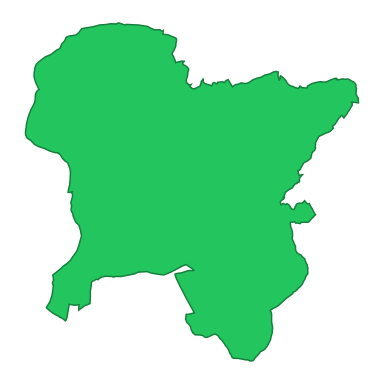 SIC, Cluj, Romania
{"feature_id": "2599482B87199610196685", "entity_name": "SIC", "entity_type": "district", "adm_level": 2, "iso_a3": "ROU", "parent_name": "Romania", "parent_adm1": "Cluj", "projection": "mercator", "projection_center": [23.908, 46.924], "detail": "fine", "context": "isolated", "style": "filled", "palette": "green", "viewbox_px": 384, "rotation_deg": 0, "n_neighbors": 0, "source": "geoboundaries", "source_scale": "gbopen_adm2", "svg_char_len": 5797}
<svg xmlns="http://www.w3.org/2000/svg" viewBox="0 0 384 384"><path d="M307.7,274.0L307.8,272.5L307.7,268.7L308.0,268.1L307.5,267.5L307.2,264.9L305.8,262.1L305.0,260.2L304.8,258.9L302.2,256.6L301.3,255.4L297.1,252.8L295.8,250.6L295.5,249.0L295.5,246.1L294.5,244.3L292.1,238.5L292.6,235.7L292.5,232.7L291.6,229.0L290.7,226.9L290.3,222.8L290.4,222.4L294.5,221.9L294.9,222.1L295.6,223.1L297.0,223.0L300.1,223.6L300.7,222.9L301.4,222.5L304.0,222.2L307.8,222.3L308.7,222.0L310.9,219.4L315.6,214.7L314.7,213.6L313.6,211.8L312.1,208.6L310.1,205.5L309.4,203.5L307.4,203.9L304.6,200.7L302.5,202.9L301.5,203.4L298.8,203.1L296.4,204.2L296.2,204.5L296.2,205.3L295.0,207.1L294.7,208.3L293.6,209.8L291.0,208.4L290.9,207.5L289.2,205.2L287.0,203.6L285.9,204.5L283.2,203.5L281.7,204.3L281.1,204.9L280.7,204.3L280.3,201.6L281.6,200.3L283.6,199.1L284.3,197.4L283.3,197.5L284.5,195.3L285.2,192.9L285.9,192.0L289.0,189.6L292.3,187.9L294.9,184.0L297.0,183.5L297.1,182.5L299.5,181.8L299.4,179.0L299.8,177.6L302.4,174.8L299.0,175.2L297.8,170.5L299.4,170.3L300.2,169.3L303.7,162.9L307.4,160.9L310.3,158.7L310.9,158.0L311.3,156.5L311.6,154.2L311.9,153.5L312.9,151.8L314.8,150.0L315.6,147.8L315.2,146.7L315.6,144.5L315.4,142.8L316.0,141.9L318.7,136.5L326.7,132.7L328.1,132.5L330.7,130.9L332.5,129.0L333.4,128.4L332.5,126.1L335.0,124.3L338.9,118.2L340.1,117.1L341.0,115.6L341.9,115.5L343.9,117.9L345.0,116.2L345.4,116.0L347.5,113.0L347.8,112.0L348.8,111.1L350.6,107.8L352.2,105.3L352.2,102.8L351.6,102.3L352.6,102.1L358.5,102.9L358.2,98.1L357.5,97.4L355.9,93.6L356.5,88.7L355.9,86.9L355.9,84.7L355.7,84.2L353.6,81.8L351.2,80.9L349.6,79.6L347.7,79.0L345.1,79.3L342.6,78.9L337.5,80.0L336.5,79.6L337.0,78.9L336.2,78.3L334.9,78.4L330.2,80.1L326.5,81.8L324.3,82.1L320.4,81.7L316.2,82.4L311.9,83.5L307.4,86.1L307.4,87.7L305.4,88.0L303.7,87.7L302.0,87.8L300.3,86.1L299.7,86.2L299.5,86.8L300.2,87.0L297.9,88.4L294.2,87.2L293.0,86.4L291.6,86.2L289.4,85.3L288.2,84.2L286.8,82.5L285.8,80.4L284.1,78.7L282.6,77.2L280.4,75.8L280.1,77.3L280.4,78.4L279.8,78.8L279.9,79.5L279.1,80.0L278.0,75.6L278.0,74.6L278.4,72.1L276.2,71.5L273.6,71.9L269.9,73.9L264.5,75.2L261.1,77.3L258.6,77.7L253.1,79.7L249.2,82.3L247.8,83.0L245.6,83.5L242.8,83.3L241.5,82.8L237.3,84.5L236.1,84.5L235.0,84.9L232.5,86.9L228.1,79.6L225.8,80.7L224.2,82.7L223.0,81.8L218.2,82.2L217.7,82.3L217.3,83.4L216.9,83.8L214.1,82.5L213.5,82.6L212.6,83.5L211.8,85.7L204.9,83.6L203.2,82.1L203.3,79.4L203.1,79.0L201.1,81.7L201.1,83.3L200.4,84.3L200.6,85.4L200.0,86.0L196.6,87.9L194.7,88.5L194.9,88.8L193.1,88.9L191.9,88.3L191.7,87.9L189.8,86.6L191.1,84.5L189.6,85.0L188.9,84.7L187.1,83.1L186.4,82.1L186.4,78.4L187.3,77.1L188.0,72.0L188.7,69.6L188.3,68.4L187.7,67.5L185.2,65.5L183.1,64.8L183.0,64.2L182.7,63.4L182.8,63.0L184.6,60.8L183.5,61.3L182.6,61.5L182.2,61.0L175.6,62.6L175.4,61.1L174.9,59.9L174.1,58.3L173.6,56.7L172.2,54.4L172.2,53.0L173.6,51.1L175.6,46.7L176.0,43.2L176.6,40.2L176.4,38.9L175.7,38.0L167.8,34.7L163.1,34.3L162.9,33.3L163.2,31.8L163.2,30.7L162.7,31.2L161.2,30.8L159.7,29.7L154.8,29.9L150.8,28.2L147.5,26.4L138.5,25.0L126.3,24.4L125.4,24.9L124.4,24.9L119.5,23.1L117.9,23.0L116.3,24.0L110.8,23.7L105.4,24.6L100.0,24.9L93.2,26.7L81.8,28.6L78.6,32.8L76.0,35.0L69.3,36.0L66.4,37.1L65.9,37.7L64.8,40.6L61.9,43.8L61.3,44.9L60.5,47.4L59.5,48.7L56.3,50.3L51.3,54.3L45.5,56.7L38.3,62.2L36.4,64.2L35.6,65.8L34.8,68.6L34.0,74.5L34.1,76.9L35.6,82.3L39.0,89.4L37.1,91.0L35.9,93.1L35.4,94.9L35.1,100.1L34.7,102.3L33.2,105.5L31.4,108.7L28.9,114.9L27.3,120.4L26.4,124.7L26.2,127.3L25.5,131.5L25.5,133.6L25.7,135.3L26.9,137.5L28.0,138.8L30.4,140.1L34.2,144.1L34.9,144.6L38.9,146.7L45.0,148.7L49.9,151.1L55.5,152.7L58.1,152.8L58.0,153.2L60.3,154.7L62.1,157.9L64.5,160.6L67.7,162.7L70.0,168.8L70.5,172.5L70.2,176.9L70.3,177.9L69.6,184.9L68.2,191.0L68.1,192.4L69.7,192.4L72.3,191.8L71.7,193.0L72.4,193.9L72.6,194.7L72.4,196.7L70.8,202.9L71.6,205.6L71.1,209.5L71.2,210.7L71.8,212.0L72.8,213.4L73.1,216.1L75.4,221.5L76.2,222.7L78.9,225.1L80.4,230.2L81.5,236.0L78.9,245.3L77.3,250.0L76.0,252.4L72.1,257.6L70.7,260.0L66.8,263.7L62.7,266.5L61.8,267.7L58.8,270.3L52.9,274.9L52.8,275.3L53.1,275.9L53.5,280.3L52.8,282.0L52.5,283.3L52.9,284.9L53.4,286.0L52.0,295.4L49.9,301.8L47.1,306.2L46.4,307.9L52.8,313.1L56.7,315.4L58.7,316.2L59.5,317.2L61.7,318.0L63.6,319.2L65.4,320.9L65.9,320.4L67.0,317.4L69.2,304.3L74.7,305.3L79.0,304.7L78.7,310.1L84.6,305.8L90.0,303.6L90.4,295.6L90.3,291.4L91.0,287.3L91.5,282.1L92.7,281.2L94.5,280.4L95.3,279.7L95.9,279.4L98.4,279.6L99.2,278.4L100.9,277.6L101.8,276.8L103.0,276.8L106.2,276.2L111.8,276.5L113.7,277.1L114.7,276.6L117.4,276.4L120.8,276.6L134.5,273.9L137.6,272.4L138.7,272.1L147.0,271.6L151.8,273.2L158.9,274.4L163.9,274.9L170.9,272.1L183.2,265.6L184.9,265.2L186.1,264.5L192.9,269.2L193.9,270.3L193.1,270.6L188.9,270.5L180.8,273.0L177.5,273.3L175.0,274.1L176.1,278.0L179.7,285.6L187.3,300.1L194.4,313.0L193.0,313.1L189.5,314.1L186.1,314.4L186.1,315.7L185.6,318.9L186.6,321.9L187.2,322.8L189.7,325.1L191.0,328.0L191.3,330.0L192.9,332.9L195.3,334.9L200.0,335.0L202.1,335.4L203.3,335.9L204.2,336.8L205.7,337.4L207.5,337.2L214.1,334.2L215.3,334.2L216.6,334.8L218.7,336.4L219.3,337.9L221.8,340.3L224.5,343.8L225.5,345.6L227.3,347.7L228.7,350.1L229.8,353.1L231.5,355.6L231.7,356.7L232.4,357.7L233.4,358.3L238.3,358.4L246.1,359.9L247.7,359.8L250.1,360.9L251.4,361.0L253.3,360.5L255.4,357.5L259.3,353.4L260.0,352.1L264.6,349.3L266.6,347.0L268.1,344.6L270.5,339.7L271.1,336.7L272.3,332.5L272.3,330.1L272.6,328.6L272.4,325.6L271.9,324.4L271.6,321.0L271.6,314.0L270.9,311.5L270.4,310.8L270.4,310.3L273.2,308.3L276.3,307.0L279.2,304.9L286.5,298.2L292.5,293.8L292.9,293.2L293.1,292.3L295.5,291.1L297.0,289.9L298.2,288.3L299.7,287.2L302.3,284.1L303.6,281.2L304.8,279.5L305.6,276.9L306.8,274.9L307.7,274.0Z" fill="#22c55e" stroke="#15803d" stroke-width="1.5"/></svg>